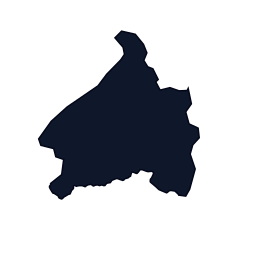 Lawrence, Kentucky, United States of America, rotated 111°
{"feature_id": "52423323B59215052326858", "entity_name": "Lawrence", "entity_type": "district", "adm_level": 2, "iso_a3": "USA", "parent_name": "United States of America", "parent_adm1": "Kentucky", "projection": "albers", "projection_center": [-82.636, 38.073], "detail": "fine", "context": "isolated", "style": "filled", "palette": "ink", "viewbox_px": 256, "rotation_deg": 111, "n_neighbors": 0, "source": "geoboundaries", "source_scale": "gbopen_adm2", "svg_char_len": 1709}
<svg xmlns="http://www.w3.org/2000/svg" viewBox="0 0 256 256"><g transform="rotate(111 128 128)"><path d="M37.9,154.8L39.9,168.7L48.5,172.5L54.4,161.5L60.5,157.7L67.1,159.2L85.3,167.1L99.4,171.1L130.1,192.3L149.3,202.1L170.2,207.5L175.4,203.1L173.8,190.0L180.7,185.1L180.4,176.8L195.3,173.2L207.4,180.3L207.6,179.9L208.1,179.8L210.5,180.4L211.4,180.1L212.7,178.8L214.6,176.4L215.7,174.7L215.7,174.3L215.4,174.0L216.4,169.0L217.9,167.4L218.1,166.0L218.1,164.7L217.7,164.2L217.2,163.8L215.7,163.3L211.1,159.7L210.5,158.6L209.8,158.4L206.6,158.3L204.2,157.3L203.4,157.4L202.2,158.1L201.4,158.0L200.9,157.5L200.8,156.9L200.9,155.9L200.8,155.0L200.2,154.5L199.2,152.6L198.2,149.9L198.2,147.1L197.8,146.6L196.7,146.2L195.2,144.7L194.0,142.6L193.9,141.7L194.4,140.5L194.5,139.4L193.2,138.1L192.3,136.6L192.0,135.7L192.0,134.0L191.2,132.9L190.5,132.1L190.5,129.9L189.9,128.9L187.2,128.1L185.3,124.9L182.6,124.3L179.4,120.8L178.9,119.3L179.0,117.8L178.8,114.1L178.1,113.3L176.8,112.9L176.3,112.5L174.8,110.4L174.2,109.8L173.4,109.5L172.1,108.4L169.0,108.7L167.9,108.5L167.6,108.2L167.4,107.5L167.4,103.9L167.1,103.3L165.8,102.7L163.1,101.9L162.4,101.5L162.2,101.0L161.8,99.2L161.8,95.6L161.6,93.7L159.8,90.1L160.3,88.5L161.6,87.8L166.0,88.1L167.9,88.7L169.8,88.2L170.5,87.6L172.8,81.0L174.4,77.1L174.5,75.6L174.7,68.8L174.1,68.2L172.3,67.3L171.3,66.3L170.8,65.0L170.1,61.8L170.2,61.2L171.9,57.1L172.5,56.6L170.9,49.7L163.1,48.5L142.2,50.6L130.1,60.6L120.5,61.5L111.6,58.0L103.0,62.5L102.3,72.5L92.3,79.9L82.7,77.5L69.5,86.0L71.8,86.2L75.0,93.6L75.3,103.3L81.1,111.6L75.0,118.6L71.9,117.2L63.8,126.0L63.8,131.5L59.2,137.5L51.1,137.3L44.4,143.5L37.9,154.8Z" fill="#0f172a" stroke="#020617" stroke-width="1.5"/></g></svg>